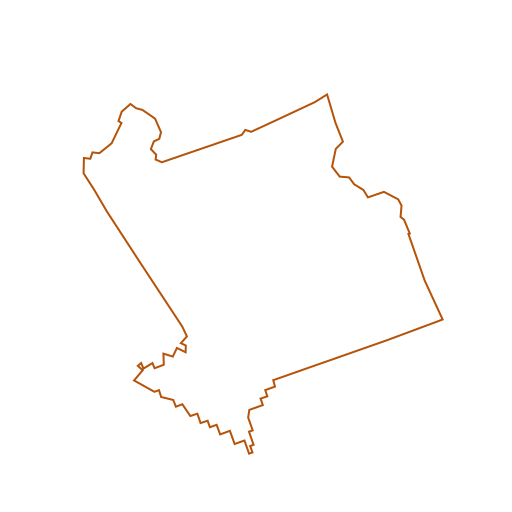 Rapides, Louisiana, United States of America (Natural Earth projection), rotated 251°
{"feature_id": "52423323B78580900034992", "entity_name": "Rapides", "entity_type": "district", "adm_level": 2, "iso_a3": "USA", "parent_name": "United States of America", "parent_adm1": "Louisiana", "projection": "natural_earth1", "projection_center": [-92.555, 31.204], "detail": "fine", "context": "isolated", "style": "outline", "palette": "amber", "viewbox_px": 512, "rotation_deg": 251, "n_neighbors": 0, "source": "geoboundaries", "source_scale": "gbopen_adm2", "svg_char_len": 1320}
<svg xmlns="http://www.w3.org/2000/svg" viewBox="0 0 512 512"><g transform="rotate(251 256 256)"><path d="M178.0,100.2L160.7,115.7L160.7,120.6L153.6,120.4L146.8,130.9L139.6,131.2L139.8,138.1L126.1,141.8L126.0,149.2L116.1,149.2L116.0,156.6L109.1,156.7L109.2,163.8L99.0,164.0L99.2,174.4L85.2,174.6L85.3,185.0L71.4,185.1L71.4,188.7L78.2,188.6L78.3,192.2L92.2,192.2L92.2,196.1L105.8,196.0L112.7,199.6L112.8,213.9L119.7,213.9L119.6,221.0L126.2,221.1L126.3,231.4L133.0,231.9L133.7,351.6L135.2,411.8L177.8,407.5L227.3,407.3L227.2,408.7L242.1,407.8L245.9,405.4L256.2,410.0L263.3,408.9L275.0,397.8L275.0,380.9L283.4,379.1L291.8,372.2L300.0,369.6L303.8,361.0L315.7,357.0L331.3,366.3L335.8,375.4L356.1,374.5L385.6,375.8L382.3,361.5L377.9,320.1L375.8,299.5L375.0,291.9L378.7,286.9L375.2,282.0L375.3,197.5L379.9,192.5L384.3,194.6L391.3,191.4L397.6,196.7L398.3,202.7L404.0,206.5L418.7,205.3L431.1,196.2L434.8,190.7L440.6,186.8L436.2,176.0L428.3,169.9L425.6,172.1L409.6,156.2L404.2,141.4L407.2,135.1L401.9,131.0L404.7,125.2L390.3,119.9L371.6,124.5L346.7,129.5L288.3,144.1L287.1,144.4L213.3,163.3L202.5,164.5L198.0,156.6L194.2,160.5L187.9,158.1L194.8,151.3L188.0,144.6L193.8,136.7L183.2,133.4L182.9,123.6L188.5,123.2L186.2,113.0L192.2,112.5L190.6,108.5L184.9,111.7L178.0,100.2Z" fill="none" stroke="#b45309" stroke-width="2"/></g></svg>